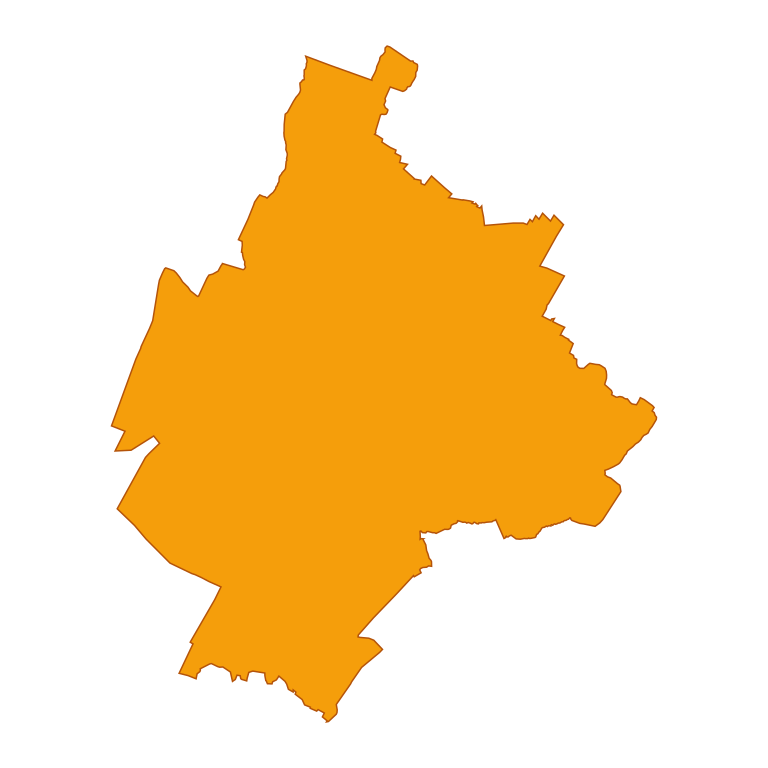 the district of Tecamachalco, Puebla, Mexico
{"feature_id": "50627088B6625152362768", "entity_name": "Tecamachalco", "entity_type": "district", "adm_level": 2, "iso_a3": "MEX", "parent_name": "Mexico", "parent_adm1": "Puebla", "projection": "mercator", "projection_center": [-97.72, 18.863], "detail": "fine", "context": "isolated", "style": "filled", "palette": "amber", "viewbox_px": 768, "rotation_deg": 0, "n_neighbors": 0, "source": "geoboundaries", "source_scale": "gbopen_adm2", "svg_char_len": 6071}
<svg xmlns="http://www.w3.org/2000/svg" viewBox="0 0 768 768"><path d="M326.5,721.9L328.5,721.5L336.3,714.2L337.0,712.5L337.2,709.9L336.3,704.6L336.6,704.0L350.6,683.9L351.7,681.7L361.6,667.4L379.7,652.3L382.5,649.4L373.8,640.2L368.8,638.2L359.9,637.4L358.0,636.9L358.3,635.0L373.4,617.9L396.8,593.6L413.5,575.6L414.2,576.8L421.1,572.8L419.7,569.9L420.6,568.5L422.8,567.5L426.6,567.2L428.6,565.9L431.6,566.3L431.5,561.7L431.0,560.5L429.1,558.2L427.9,553.8L426.6,550.6L425.8,544.9L422.9,539.1L423.4,538.8L421.3,538.6L420.1,539.3L420.3,536.6L420.0,531.3L420.9,531.0L422.4,532.6L425.8,532.9L426.7,531.6L428.2,531.5L432.6,532.7L434.5,532.7L436.1,533.4L444.6,529.3L447.9,529.4L448.8,529.2L450.5,528.1L451.2,525.3L451.6,524.9L452.6,524.6L453.6,523.9L456.1,523.3L457.7,521.7L457.5,520.8L457.8,520.6L462.9,522.3L464.9,522.1L466.2,522.6L466.7,523.1L468.4,522.5L470.1,523.1L471.8,523.9L472.7,523.7L473.8,522.4L474.7,522.3L476.9,523.7L478.5,523.9L478.8,523.5L479.0,522.8L481.3,523.0L481.9,522.6L484.2,522.7L486.7,522.2L491.9,521.8L493.1,520.9L495.2,520.3L495.8,519.7L504.0,538.5L505.5,537.7L505.8,537.4L505.8,536.6L506.2,536.2L507.0,536.9L508.2,536.9L509.4,535.9L511.1,535.2L516.1,538.9L520.4,539.2L524.5,538.4L525.3,538.6L527.8,538.6L528.5,538.1L529.8,538.5L531.2,538.3L535.0,537.5L535.7,537.0L536.6,534.4L537.8,533.8L539.2,531.7L540.0,531.2L541.7,528.3L542.4,527.6L544.6,527.2L546.2,526.1L546.6,526.1L547.3,526.6L548.7,525.7L550.9,526.0L551.0,525.1L551.4,524.7L552.7,525.3L554.3,523.9L555.6,524.3L557.5,523.6L558.2,523.1L559.9,523.0L561.8,521.8L563.1,521.8L563.9,520.9L564.7,520.5L565.9,520.4L567.5,519.4L568.5,519.2L569.8,517.8L570.5,518.0L570.9,519.3L571.8,520.4L579.8,523.4L584.0,524.0L595.1,526.3L599.8,522.9L602.8,519.6L620.9,491.6L620.1,486.4L619.7,485.2L617.4,483.6L610.7,478.0L607.5,476.8L604.9,474.8L605.2,473.2L604.8,470.4L608.4,469.1L613.7,466.6L618.2,464.1L619.6,463.0L622.0,459.8L624.6,455.3L626.2,453.9L627.4,451.0L632.9,446.6L635.4,444.0L638.4,442.1L640.8,439.7L642.0,437.5L643.8,435.4L646.1,434.3L648.1,433.0L649.8,429.4L652.2,426.4L656.3,419.5L656.5,417.2L655.1,415.4L654.2,412.6L652.1,411.0L654.1,407.5L652.5,405.7L644.2,399.6L640.3,397.7L638.8,400.9L636.5,404.7L633.8,404.3L631.8,403.8L630.2,402.5L627.4,398.9L625.7,398.9L624.3,398.3L622.6,397.1L620.3,396.6L619.3,396.6L617.2,397.2L616.0,397.1L611.6,394.7L612.2,392.7L611.4,390.5L604.9,384.7L604.7,384.3L606.5,378.3L606.6,375.0L606.2,371.3L605.0,368.3L601.4,365.9L599.2,364.7L595.8,364.4L589.9,363.3L588.4,364.3L583.8,368.4L579.8,368.3L577.9,367.0L577.1,365.4L576.6,363.6L576.7,359.3L574.0,358.0L573.5,355.4L569.5,353.0L573.2,343.6L568.5,340.1L568.8,339.4L564.7,337.3L562.2,335.5L560.3,335.2L562.6,330.6L564.7,327.3L558.5,324.5L552.7,321.6L554.4,318.5L551.6,319.0L550.7,320.5L542.2,316.2L546.2,309.1L547.0,305.1L548.4,303.7L564.4,276.0L546.9,268.1L539.8,266.1L556.5,236.1L563.5,224.7L554.0,215.2L550.5,221.1L542.6,213.2L539.0,219.2L535.7,215.7L532.4,221.7L530.0,219.4L527.0,224.5L523.3,223.1L513.0,223.1L484.5,225.5L483.5,216.9L482.1,210.0L481.7,206.0L479.9,208.1L476.7,206.6L477.7,205.5L477.3,205.3L475.7,203.3L475.0,204.1L471.9,203.0L473.0,201.8L469.7,200.9L463.0,199.8L462.8,200.1L448.6,197.7L451.8,193.9L444.4,187.6L431.5,176.0L424.7,185.0L421.1,183.6L420.9,180.3L414.1,179.0L414.2,178.5L403.5,168.9L407.5,164.3L399.6,162.5L400.5,159.3L400.8,156.2L395.1,153.3L396.0,150.1L390.3,147.5L381.9,142.1L382.6,139.0L377.2,135.5L374.6,134.3L375.8,132.8L375.6,131.2L380.5,114.9L381.9,114.2L384.1,114.5L386.0,114.2L387.1,112.6L387.9,110.1L387.7,109.5L385.4,107.8L384.0,104.7L385.6,101.0L385.0,98.6L390.2,87.0L402.8,91.4L404.6,90.7L406.5,89.2L407.1,87.6L407.8,86.7L408.8,86.7L410.1,86.2L410.9,85.2L411.8,83.1L413.5,80.4L414.0,79.8L415.7,76.4L415.8,72.5L417.2,70.1L417.6,66.1L417.3,64.4L413.6,62.5L413.0,61.0L410.6,61.1L389.9,47.0L387.3,46.1L387.0,46.1L385.2,47.9L385.0,49.9L385.1,51.9L383.0,54.6L380.8,56.3L379.9,57.9L379.5,60.5L376.8,66.5L376.3,69.3L374.9,72.7L371.9,78.3L371.9,80.3L330.0,65.3L305.7,56.2L307.0,60.4L307.0,62.2L306.3,63.7L306.4,65.8L305.7,68.3L305.4,69.0L304.2,70.0L304.2,74.9L304.0,75.4L304.0,76.3L304.2,77.3L304.2,79.6L303.5,80.0L302.9,79.9L302.4,80.2L301.5,81.7L300.0,82.9L299.9,83.9L300.5,90.0L300.2,91.2L299.7,92.6L298.6,94.3L296.1,97.2L293.4,101.5L287.5,112.3L285.2,114.2L284.2,124.4L284.1,131.1L283.9,132.7L284.1,136.2L284.9,140.0L285.7,141.7L285.6,142.8L286.2,144.9L285.9,149.7L287.2,153.2L287.3,155.1L286.5,158.9L286.9,160.1L286.2,161.4L285.5,168.4L284.9,169.7L282.0,172.9L281.5,174.1L279.5,176.6L279.1,179.0L279.0,181.7L277.7,183.9L277.2,186.0L276.5,186.2L276.0,187.1L275.6,188.9L273.2,192.4L270.4,194.7L267.0,198.1L265.1,196.8L263.3,196.5L259.8,194.9L257.9,197.2L254.6,202.1L253.6,205.1L247.9,219.4L238.4,239.7L242.1,241.4L242.3,245.2L241.5,252.2L242.4,252.5L242.7,255.5L243.6,259.3L244.8,261.6L244.6,264.7L245.5,267.2L244.2,269.2L243.1,269.7L222.4,263.5L222.2,264.2L221.0,265.7L218.1,271.1L212.7,274.1L208.9,275.1L206.9,278.3L198.7,295.9L197.9,296.5L196.5,295.7L190.5,290.9L188.0,287.2L182.6,281.9L179.9,277.6L178.5,275.8L176.3,273.0L173.9,270.7L166.1,268.0L165.7,267.9L165.0,268.6L164.7,268.6L162.6,272.8L159.4,280.2L158.6,284.3L152.7,320.7L149.6,328.3L141.1,346.6L140.7,348.4L135.9,359.0L111.5,425.9L125.0,431.2L115.1,451.0L131.1,450.2L153.7,436.0L159.6,443.3L149.0,453.6L145.5,457.4L117.2,508.8L134.5,525.4L146.1,539.1L170.0,563.1L191.9,573.6L195.0,574.6L200.9,577.3L209.1,581.6L221.0,586.9L214.7,599.7L190.3,642.0L190.2,642.2L193.0,643.9L179.1,673.3L188.1,675.6L196.1,678.8L197.1,673.8L199.9,671.6L200.4,670.1L200.2,668.8L209.8,663.9L211.5,663.6L217.7,666.6L219.6,667.2L222.9,667.0L230.4,672.0L232.5,681.4L235.3,679.5L237.0,675.2L240.2,675.7L240.7,678.5L241.4,679.3L246.7,680.9L247.2,678.1L248.8,672.4L252.8,671.1L264.8,673.0L264.9,675.8L265.8,680.6L266.3,681.0L267.4,683.7L272.0,683.9L272.6,681.8L276.4,679.9L278.9,676.1L285.0,681.3L286.7,684.1L288.4,689.3L293.1,692.0L293.2,689.9L295.9,692.1L295.2,694.2L302.2,699.6L304.6,704.9L310.4,707.2L310.2,708.3L316.7,711.1L318.1,709.6L324.3,713.0L322.4,716.9L327.1,720.8L326.5,721.9Z" fill="#f59e0b" stroke="#b45309" stroke-width="1.5"/></svg>